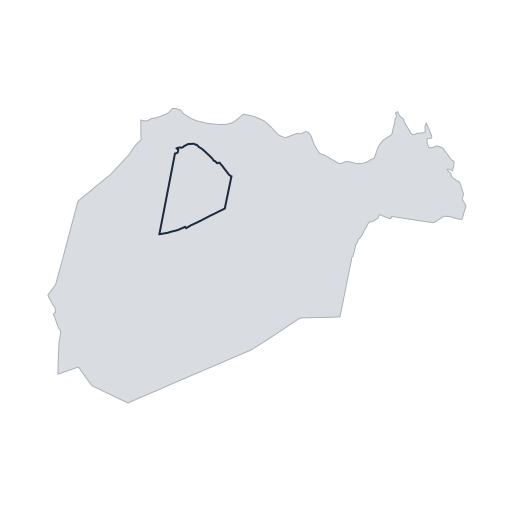 Tesker, Zinder, Niger (highlighted), rotated 191°
{"feature_id": "23599985B16015640173227", "entity_name": "Tesker", "entity_type": "district", "adm_level": 2, "iso_a3": "NER", "parent_name": "Niger", "parent_adm1": "Zinder", "projection": "robinson", "projection_center": [11.083, 15.833], "detail": "fine", "context": "in_parent", "style": "outline", "palette": "slate", "viewbox_px": 512, "rotation_deg": 191, "n_neighbors": 0, "source": "geoboundaries", "source_scale": "gbopen_adm2", "svg_char_len": 4101}
<svg xmlns="http://www.w3.org/2000/svg" viewBox="0 0 512 512"><g transform="rotate(191 256 256)"><path d="M395.0,367.4L390.5,367.4L388.0,368.3L384.7,371.1L381.1,372.2L376.7,374.7L373.9,376.6L371.2,378.2L367.6,381.9L366.5,384.8L362.9,385.4L357.8,384.9L354.6,382.0L347.2,379.0L342.4,377.8L340.2,377.4L328.8,376.9L316.8,378.1L310.6,379.5L309.5,379.8L306.0,381.6L303.1,383.6L295.2,392.9L284.9,392.6L278.8,391.5L273.6,390.1L266.3,385.8L257.2,379.2L253.8,378.3L250.6,377.7L249.6,377.8L238.8,384.4L236.7,384.3L234.2,385.0L232.5,386.6L231.2,387.5L230.0,387.6L228.3,387.2L226.6,386.2L224.9,384.4L220.5,377.1L219.6,375.8L217.7,373.6L214.6,370.3L212.4,368.7L211.1,368.3L209.5,368.5L200.9,365.6L192.2,362.6L190.3,363.0L189.0,363.6L186.0,365.9L182.4,366.3L178.0,366.1L175.5,365.8L171.6,366.6L168.9,367.4L165.5,369.0L160.9,373.2L159.7,373.7L158.6,374.4L157.0,385.9L155.8,389.3L153.4,393.9L148.9,398.3L145.9,400.9L145.8,404.4L145.5,410.3L145.4,414.3L145.6,416.9L145.1,418.1L144.9,419.2L145.0,420.9L145.7,421.7L146.2,422.8L145.9,423.7L144.4,424.7L142.8,422.1L140.8,420.2L138.6,419.4L137.0,418.1L136.3,416.2L133.3,412.6L126.6,405.5L125.9,405.4L124.8,405.1L122.8,405.9L121.7,407.1L120.8,407.5L119.6,407.6L116.3,408.5L113.7,409.7L113.7,410.6L114.9,416.0L114.2,419.0L113.1,417.6L109.4,412.1L106.9,408.1L106.4,407.2L106.1,405.8L106.3,405.2L107.4,404.8L109.7,404.2L110.2,403.8L110.3,402.7L110.0,400.6L108.7,397.9L107.3,396.0L106.5,395.6L105.1,395.6L103.6,395.8L100.7,398.1L99.4,398.5L96.4,398.3L93.8,397.9L92.2,396.7L87.4,392.2L82.2,387.4L80.0,386.8L79.5,386.3L79.1,382.6L79.3,378.2L79.6,377.1L81.8,377.8L84.1,378.1L84.9,377.3L83.0,375.7L80.3,374.1L79.4,371.7L78.6,370.9L77.4,370.0L76.0,369.6L74.6,368.9L73.6,368.2L72.1,367.9L70.4,367.4L68.1,363.5L65.8,359.7L64.4,356.8L64.0,355.0L64.7,351.9L64.0,350.7L61.4,347.6L59.3,344.7L59.9,340.3L60.3,336.6L60.4,334.3L60.8,332.9L61.0,331.4L62.5,331.0L66.2,331.0L73.3,331.7L79.0,330.9L79.3,330.8L83.4,326.8L87.9,322.6L94.6,322.2L101.9,321.8L107.6,321.6L115.9,321.3L122.6,321.0L130.4,320.7L130.6,318.7L131.1,318.3L131.9,318.2L137.6,319.2L142.9,320.2L143.4,316.6L148.1,312.1L150.8,311.2L151.5,310.4L152.3,308.8L152.9,306.5L153.1,304.8L154.1,303.4L154.9,300.8L155.9,296.4L158.6,291.7L160.2,285.3L160.4,279.1L160.8,274.4L161.6,273.4L161.6,265.1L161.7,256.7L161.7,249.6L161.8,240.8L161.8,233.1L161.9,224.7L161.9,217.2L162.0,212.2L167.4,211.0L173.0,209.7L181.2,207.9L190.1,206.0L199.7,203.9L201.9,202.6L209.3,195.4L212.6,192.1L219.2,185.6L224.2,180.6L230.7,174.3L237.5,167.9L242.9,162.8L251.4,157.0L264.3,148.3L277.1,139.6L289.9,130.9L302.7,122.2L315.5,113.5L328.2,104.7L341.0,96.0L353.7,87.3L366.5,90.6L378.7,93.8L391.0,97.0L393.9,98.7L400.4,104.9L408.8,112.8L409.1,113.0L409.5,113.0L417.5,108.3L427.9,102.2L430.7,118.7L432.8,132.9L433.0,141.9L433.2,144.2L434.0,145.8L435.9,147.4L443.8,160.5L442.1,162.7L443.3,166.8L445.3,168.5L451.9,176.3L452.7,177.8L452.4,179.1L447.9,188.2L447.2,190.4L446.3,202.1L445.7,210.3L444.9,221.6L444.0,235.2L443.2,246.6L442.2,261.7L441.2,275.9L434.7,283.8L423.2,297.7L413.8,309.0L409.1,316.6L399.9,331.4L395.9,340.9L392.6,345.9L391.0,348.1L392.5,355.1L395.0,367.4Z" fill="#d9dde1" stroke="#a8b0b8" stroke-width="1"/><path d="M329.9,270.0L329.6,270.2L326.0,273.5L319.4,278.3L317.3,279.9L312.9,283.4L308.4,287.0L304.2,290.1L300.1,293.3L295.7,296.6L295.3,329.5L296.0,329.6L296.6,329.9L298.1,330.7L300.8,333.1L304.2,336.1L306.6,338.3L308.0,339.2L309.4,340.6L310.6,340.3L311.7,339.6L312.6,340.1L314.0,341.2L315.8,341.5L316.7,342.6L318.8,344.3L322.2,346.4L326.8,349.3L329.4,350.8L331.5,351.6L332.7,352.0L334.3,353.1L335.4,353.9L336.2,353.7L338.4,354.3L339.8,354.0L341.6,353.5L344.1,352.9L345.5,351.7L347.6,350.1L347.7,349.9L347.8,349.8L348.6,348.8L349.6,348.1L351.9,348.0L352.6,347.5L354.0,346.9L354.4,346.5L354.0,346.2L353.2,346.0L352.7,345.7L352.5,345.0L352.6,342.6L353.5,341.9L354.3,341.5L355.1,341.1L355.0,259.0L354.0,259.3L351.6,260.2L349.1,261.2L347.9,261.6L346.7,262.1L344.9,263.2L342.9,264.1L340.8,265.1L339.6,265.6L338.3,266.3L336.6,267.2L335.2,268.5L334.5,268.7L332.0,270.5L331.1,271.1L329.9,270.0Z" fill="none" stroke="#1e293b" stroke-width="2"/></g></svg>